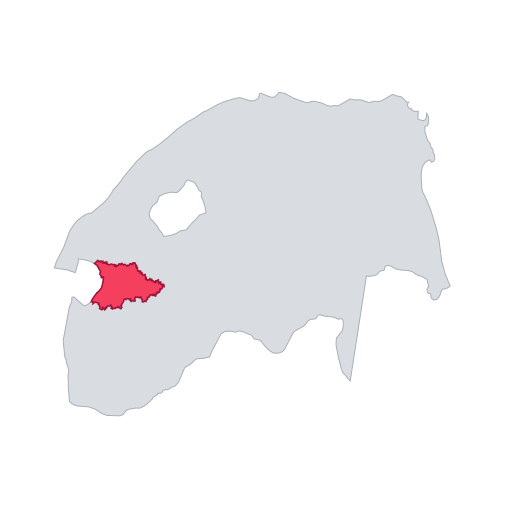 Gert Sibande, Mpumalanga, South Africa shown in context, rotated 190°
{"feature_id": "47623444B27645248540404", "entity_name": "Gert Sibande", "entity_type": "district", "adm_level": 2, "iso_a3": "ZAF", "parent_name": "South Africa", "parent_adm1": "Mpumalanga", "projection": "natural_earth1", "projection_center": [29.797, -26.609], "detail": "fine", "context": "in_parent", "style": "filled", "palette": "rose", "viewbox_px": 512, "rotation_deg": 190, "n_neighbors": 0, "source": "geoboundaries", "source_scale": "gbopen_adm2", "svg_char_len": 9475}
<svg xmlns="http://www.w3.org/2000/svg" viewBox="0 0 512 512"><g transform="rotate(190 256 256)"><path d="M362.2,75.0L375.1,73.1L380.9,74.2L387.9,77.3L394.4,78.4L405.5,77.3L409.3,77.8L412.3,78.8L414.5,80.5L417.7,92.7L420.4,105.9L420.3,110.1L420.7,111.7L423.8,117.3L425.0,120.8L426.8,123.6L430.8,137.6L431.2,140.0L431.0,173.9L429.5,178.1L430.1,183.4L428.3,184.1L417.3,177.3L415.4,177.5L412.3,180.1L409.4,184.0L408.1,187.4L402.5,196.6L402.1,202.4L402.6,207.3L404.4,207.5L405.7,211.1L408.7,216.8L413.8,220.4L418.5,222.1L425.0,222.5L430.2,222.4L429.9,218.6L431.1,208.3L439.7,209.5L452.5,209.2L451.6,215.9L446.9,231.1L443.8,248.3L440.0,256.9L437.8,260.5L431.6,266.8L428.3,268.9L425.6,269.6L415.0,282.4L411.1,288.6L407.5,297.5L404.1,302.5L398.9,313.0L390.0,328.5L382.5,338.7L379.1,341.6L376.9,343.0L370.9,348.9L362.5,358.4L356.1,366.8L346.6,376.4L341.0,380.6L332.7,388.8L330.4,390.0L321.1,397.7L314.4,402.3L303.5,407.7L299.2,409.2L288.9,407.8L284.6,408.6L281.0,411.8L280.7,416.5L279.2,417.2L269.7,415.0L265.8,415.4L263.6,417.9L261.8,421.1L256.3,421.2L246.6,418.0L235.2,416.0L232.5,415.8L227.1,418.2L225.1,418.5L217.1,418.0L212.6,416.5L208.3,416.5L205.1,417.7L201.1,418.2L190.6,427.0L185.1,427.0L180.3,428.0L171.9,426.8L169.4,427.4L166.9,428.9L161.2,429.6L159.0,430.9L149.5,438.9L145.5,438.1L140.4,438.0L134.6,433.7L132.4,434.0L133.0,432.7L133.1,430.4L131.0,428.1L128.8,428.2L127.5,426.3L124.1,426.1L121.3,426.7L120.5,419.3L119.2,418.6L115.7,418.4L114.0,418.7L113.3,419.3L112.4,421.0L112.6,426.2L111.3,424.7L109.9,421.6L109.3,418.3L109.7,414.4L112.2,412.9L111.3,408.0L107.0,399.5L104.5,397.6L102.4,393.3L100.4,391.7L99.5,388.6L97.5,386.1L96.8,382.3L97.7,380.0L99.4,378.8L101.1,380.7L103.2,380.0L106.0,377.2L107.7,372.9L107.6,366.1L107.0,361.9L104.3,350.9L103.1,348.3L97.5,340.5L91.0,329.9L82.6,313.3L78.5,303.3L72.2,283.1L66.8,271.7L60.3,261.1L59.5,260.4L60.4,259.1L63.6,256.6L65.1,256.0L65.9,256.3L66.7,255.6L67.4,253.9L67.8,250.2L69.3,246.2L70.6,244.5L73.5,243.4L75.8,244.9L76.8,246.3L77.2,248.3L78.2,249.2L79.8,249.1L81.0,250.3L81.7,252.7L81.6,254.5L80.7,255.6L80.9,257.0L82.1,258.8L83.5,262.7L89.5,264.8L92.9,265.0L96.2,266.0L99.2,267.7L104.2,268.2L111.1,267.3L116.8,267.7L121.3,269.4L124.6,269.7L126.5,268.6L127.4,267.1L127.1,265.0L128.0,263.7L130.3,263.2L132.0,261.7L133.3,259.1L136.4,257.1L141.3,255.5L143.8,255.6L141.5,149.2L150.4,156.5L152.5,159.9L157.0,169.9L161.7,182.2L162.5,188.1L162.4,189.4L158.0,197.4L157.9,201.4L158.5,206.1L159.6,208.4L160.9,209.2L164.1,208.0L168.9,209.3L178.1,208.7L182.7,209.3L183.9,208.9L184.9,208.0L186.0,205.2L187.1,204.2L191.4,203.0L193.2,201.4L196.2,195.9L205.2,188.4L206.2,186.7L211.7,168.9L213.4,166.4L215.9,164.7L220.9,163.4L223.9,164.1L227.1,165.6L230.8,168.2L236.2,173.0L238.0,173.8L243.4,174.0L246.8,177.2L256.8,179.3L259.7,179.2L262.9,177.5L268.0,177.5L273.5,176.3L276.9,173.2L283.2,153.8L283.9,149.5L284.6,148.3L289.9,146.1L296.3,144.5L297.6,143.6L301.6,138.2L306.8,133.7L310.4,118.2L312.7,114.5L314.2,113.0L315.1,112.9L316.5,112.0L318.2,110.1L320.3,108.9L322.7,108.4L324.3,107.2L325.0,105.1L326.2,104.1L328.0,104.1L329.0,103.5L329.2,102.1L333.1,98.8L333.2,97.4L335.5,94.1L339.9,88.9L344.0,86.0L347.9,85.4L355.1,82.8L357.7,80.3L359.3,76.9L362.2,75.0ZM350.7,304.1L357.0,301.5L361.7,298.1L362.8,291.8L366.4,287.9L367.7,284.3L368.7,279.3L366.5,274.1L363.6,272.5L358.2,268.0L355.9,265.0L352.7,262.4L350.4,259.3L346.7,260.3L341.0,262.8L337.5,265.1L334.5,267.8L329.2,269.7L324.2,278.3L322.6,280.2L318.7,286.5L313.1,289.6L313.0,290.7L314.9,295.8L317.5,300.9L320.3,305.0L320.2,307.6L321.1,309.6L323.6,311.0L327.8,316.1L329.8,317.8L336.1,319.0L337.0,318.7L338.7,315.6L339.0,313.4L343.1,306.7L345.0,304.7L350.7,304.1Z" fill="#d9dde1" stroke="#a8b0b8" stroke-width="1"/><path d="M393.6,223.0L394.4,223.0L395.1,222.6L395.8,222.7L396.6,223.0L397.3,222.9L399.1,221.9L400.4,221.8L400.7,222.2L401.0,222.1L401.0,222.4L401.2,222.2L401.5,222.4L401.4,222.6L401.7,222.8L401.7,223.0L402.0,222.9L401.9,222.7L402.1,222.6L402.3,223.0L402.5,222.9L402.6,223.1L402.6,223.4L402.9,223.3L403.1,223.5L402.9,223.8L403.1,223.7L403.4,223.8L403.5,223.6L403.8,223.5L403.7,223.3L403.9,223.4L404.0,223.2L404.0,222.6L405.3,222.4L405.4,223.1L405.7,223.6L405.8,224.2L406.1,224.0L406.3,224.1L406.6,223.9L407.3,223.9L407.4,223.6L407.7,224.0L407.9,223.6L408.2,223.8L408.4,223.5L408.8,223.3L409.1,223.5L409.2,223.3L409.6,223.1L409.6,223.3L410.6,224.0L411.2,224.2L412.1,222.7L413.8,220.6L410.8,219.4L408.7,216.3L406.9,214.6L406.2,213.3L406.7,212.2L406.6,210.9L405.0,209.5L404.9,209.3L404.6,207.3L404.5,207.9L403.9,208.3L403.6,208.3L403.0,208.9L402.7,209.0L402.5,208.5L402.4,207.4L402.2,205.2L402.3,201.1L402.6,198.1L403.2,196.5L403.8,195.7L404.7,193.9L406.3,192.2L409.0,186.5L410.0,184.1L410.3,182.3L408.6,182.4L408.4,182.1L408.3,180.7L406.5,182.7L404.4,182.4L403.7,182.5L402.8,182.1L403.0,182.0L403.0,181.0L402.8,180.8L401.9,180.6L401.7,180.4L401.8,180.3L401.3,179.5L401.3,178.8L401.0,178.5L400.7,177.6L400.9,177.1L398.8,176.3L398.6,176.3L398.6,176.6L398.1,176.6L397.2,177.5L397.8,178.5L396.7,177.9L395.7,176.7L394.9,177.7L395.6,178.5L394.9,179.3L394.8,178.6L394.2,178.9L394.4,179.2L394.0,179.7L394.2,179.9L393.6,180.4L393.3,181.1L392.4,181.3L391.2,181.1L390.4,182.5L390.0,181.9L389.4,181.5L389.1,180.9L389.7,179.5L388.4,178.9L388.1,179.9L386.9,179.4L386.8,179.7L385.4,180.1L385.3,180.6L384.1,181.0L383.0,181.2L383.2,182.2L382.2,182.1L380.8,180.8L379.9,180.6L379.6,181.0L379.2,182.3L379.8,182.7L380.3,183.6L379.8,184.0L379.8,184.7L380.0,185.0L379.2,186.7L378.7,187.6L378.4,189.3L378.5,190.1L377.4,191.1L376.4,190.5L376.1,191.2L376.0,191.3L375.2,191.7L373.5,191.5L373.3,191.9L372.7,191.9L372.2,191.9L372.7,190.7L371.5,190.0L371.1,189.5L370.6,189.6L370.1,190.7L368.5,190.5L368.2,190.3L367.9,190.8L367.5,190.8L367.7,191.1L367.4,191.7L368.0,192.2L368.0,193.1L367.5,194.2L367.7,194.3L367.5,194.8L367.3,194.7L366.1,194.5L365.5,195.1L364.4,194.8L364.4,195.1L363.9,195.1L363.6,194.7L363.4,194.7L363.3,194.9L362.2,195.7L361.7,194.6L361.7,194.1L360.8,193.7L360.2,192.1L360.0,191.1L359.2,191.2L358.8,191.5L358.5,191.5L357.7,192.3L356.5,192.1L356.5,192.7L356.0,194.1L355.3,194.5L355.9,196.1L354.2,196.9L354.0,197.3L354.1,197.6L353.9,197.6L353.6,198.2L353.5,199.6L351.7,199.4L351.1,199.2L350.8,199.4L350.6,199.3L350.3,199.8L350.5,200.4L349.2,200.2L349.3,199.7L349.1,199.6L349.0,199.8L348.9,199.8L349.0,199.5L348.2,199.3L348.2,199.1L347.9,199.1L347.8,200.9L348.0,201.3L347.9,201.7L347.3,201.7L347.4,202.1L346.9,202.2L346.8,202.5L346.7,202.5L347.0,203.0L345.8,203.1L345.9,203.5L344.8,203.6L344.4,205.4L344.7,205.3L345.0,206.6L343.6,207.0L343.5,207.3L342.9,207.5L342.9,208.1L343.0,208.9L342.7,210.1L342.0,210.0L342.0,209.6L341.5,209.7L341.5,209.9L341.1,209.9L341.2,210.2L341.5,210.7L341.5,211.1L342.0,210.8L342.2,211.5L342.5,211.8L342.7,211.7L342.8,211.4L343.0,211.3L342.9,211.7L343.0,212.1L343.7,211.6L344.2,211.7L344.6,211.5L344.8,211.7L344.8,212.1L345.5,213.2L345.2,213.7L345.3,213.9L345.6,213.7L346.1,213.0L345.7,212.5L345.9,212.4L346.1,212.5L346.5,213.0L346.5,212.8L346.7,212.5L346.5,212.3L346.7,212.1L346.9,212.7L347.5,213.2L347.3,213.8L347.9,214.1L348.0,214.3L348.4,214.7L348.3,215.1L348.1,215.2L348.1,215.5L348.5,215.3L348.7,214.7L348.9,214.6L349.2,214.6L349.5,214.2L349.8,214.1L349.8,213.8L350.7,214.1L351.0,213.5L350.9,213.4L350.4,213.3L350.0,213.6L349.8,213.3L350.1,212.6L350.7,212.2L351.6,212.8L352.0,212.8L352.3,212.7L352.9,213.6L353.1,213.6L353.4,213.5L353.7,213.6L353.9,213.8L353.8,214.1L354.3,214.4L354.6,213.9L354.8,214.8L355.1,214.6L355.4,214.8L355.8,214.3L356.1,214.5L356.4,215.1L356.6,215.3L356.8,214.9L356.7,214.8L356.8,214.4L356.5,214.3L356.7,213.9L357.0,214.1L357.3,213.9L357.7,214.0L358.1,213.9L358.5,213.3L359.9,214.0L360.0,214.4L360.2,214.2L360.2,213.7L360.6,213.8L360.7,214.0L360.5,214.5L360.8,214.8L360.7,215.0L361.0,215.4L360.9,215.5L360.8,215.4L360.6,215.9L361.0,216.0L361.3,216.6L361.3,216.9L361.7,217.3L361.7,217.5L362.0,217.9L362.0,218.5L362.3,218.4L362.4,218.2L362.5,218.2L362.9,217.9L363.1,217.7L363.3,217.6L363.5,217.8L363.8,217.7L364.1,217.7L364.6,217.7L364.9,218.6L364.9,218.8L365.1,218.9L365.1,219.1L365.3,219.0L365.5,218.8L365.6,219.0L365.7,218.9L365.6,219.1L365.7,219.3L365.8,219.1L366.0,219.2L366.0,219.3L366.1,219.2L366.4,219.7L366.7,219.8L367.2,219.4L367.3,219.6L367.2,219.9L367.3,219.8L367.3,220.0L367.2,220.2L367.4,220.4L367.0,220.8L367.2,221.2L367.4,221.2L367.5,220.7L367.9,220.7L368.1,220.8L368.6,220.7L368.5,220.8L368.6,220.6L368.8,220.6L368.9,220.9L369.2,220.8L369.4,221.0L369.5,220.9L369.6,221.1L370.4,221.9L370.6,222.5L370.5,223.0L370.8,223.2L370.8,223.4L371.0,223.3L371.0,223.5L370.9,223.6L370.8,224.0L371.3,223.9L371.5,224.2L371.4,224.3L371.5,224.5L371.8,224.5L372.0,224.6L371.9,224.7L371.9,225.0L372.1,224.8L372.3,225.1L372.5,225.1L372.5,225.5L372.3,225.7L372.4,225.8L372.4,226.0L372.7,226.1L372.7,226.3L372.9,226.3L373.1,226.9L373.7,227.2L373.7,227.9L374.1,228.2L374.8,228.1L375.0,227.9L375.6,228.0L375.8,227.8L376.1,227.8L376.2,227.5L376.0,227.3L376.1,227.0L376.0,226.6L376.6,226.1L377.1,226.1L377.8,226.7L378.3,226.8L378.4,226.6L378.7,226.5L378.8,226.0L379.0,225.9L378.9,225.5L379.2,225.2L379.4,224.5L380.0,224.7L380.5,224.4L380.6,224.7L380.8,224.7L381.2,223.8L382.7,224.3L383.1,224.8L383.6,225.1L384.0,224.7L384.3,224.7L384.9,224.1L385.3,224.2L386.7,225.5L386.9,225.3L386.8,224.9L387.5,224.5L388.0,223.8L388.7,224.1L388.8,224.6L389.1,224.4L389.9,224.2L390.0,222.7L390.5,222.7L390.8,222.3L391.1,222.2L392.0,222.6L392.0,221.3L392.8,221.5L393.4,221.4L393.4,222.7L393.6,223.0Z" fill="#f43f5e" stroke="#9f1239" stroke-width="1.5"/></g></svg>